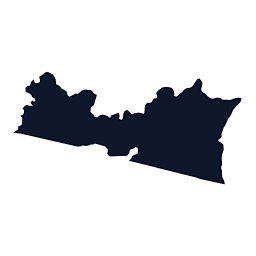 Aurelino Leal, Bahia, Brazil
{"feature_id": "56859067B29822168612892", "entity_name": "Aurelino Leal", "entity_type": "district", "adm_level": 2, "iso_a3": "BRA", "parent_name": "Brazil", "parent_adm1": "Bahia", "projection": "mercator", "projection_center": [-39.489, -14.363], "detail": "fine", "context": "isolated", "style": "filled", "palette": "ink", "viewbox_px": 256, "rotation_deg": 0, "n_neighbors": 0, "source": "geoboundaries", "source_scale": "gbopen_adm2", "svg_char_len": 3072}
<svg xmlns="http://www.w3.org/2000/svg" viewBox="0 0 256 256"><path d="M157.0,93.4L157.7,95.4L158.1,97.0L156.6,99.0L154.3,99.2L153.3,100.6L152.5,102.5L150.4,103.6L147.6,103.7L145.8,105.3L145.5,106.9L145.4,110.0L145.1,112.6L144.3,114.7L140.9,114.0L138.5,113.3L136.9,113.9L134.4,114.0L132.4,115.2L130.5,114.2L128.8,112.3L127.0,110.8L125.2,111.6L124.1,114.0L123.8,116.4L123.4,118.9L122.3,120.6L120.2,120.3L118.1,119.0L118.9,115.9L118.1,113.8L116.6,114.2L114.5,115.1L112.0,115.9L110.5,118.9L108.1,117.6L106.8,116.6L105.2,116.0L102.6,115.4L100.3,115.9L97.9,118.0L95.3,117.9L93.8,116.9L92.8,114.9L91.2,113.7L89.5,111.8L90.0,109.4L90.0,107.2L92.0,105.8L93.4,104.3L94.0,102.1L94.4,100.5L95.3,97.7L96.0,95.4L94.3,94.5L92.9,93.3L91.9,91.8L90.4,90.8L88.1,90.7L86.2,90.4L84.2,90.5L81.9,91.3L80.0,93.2L78.0,94.7L75.9,94.3L74.2,95.2L71.7,96.5L69.5,97.5L68.0,96.8L66.8,95.2L65.8,91.8L63.3,90.2L60.8,88.8L58.6,86.3L56.4,85.4L55.1,84.0L55.3,82.3L54.9,79.4L53.7,77.3L52.5,75.2L49.4,73.5L47.6,72.6L45.5,73.2L43.6,74.7L41.5,76.3L40.0,77.3L40.6,79.0L40.8,81.7L39.4,83.2L37.6,83.8L35.3,84.0L33.9,82.7L33.2,80.8L31.5,82.8L31.1,85.4L29.9,86.6L27.7,86.5L26.2,88.3L26.4,91.5L28.8,92.2L30.6,93.4L32.3,95.2L32.9,96.7L35.5,98.2L36.1,101.1L34.1,102.6L32.5,101.4L31.4,102.6L32.5,104.0L33.4,105.8L33.5,107.7L31.3,106.5L28.9,106.4L27.0,105.6L25.1,106.7L23.5,108.5L24.8,109.8L24.7,112.3L24.1,114.9L21.7,116.0L23.0,117.7L23.3,119.3L22.6,120.8L22.9,123.3L22.4,125.0L21.2,126.2L18.9,126.8L19.2,129.4L17.1,131.0L15.4,132.1L20.6,132.8L75.2,145.3L77.9,145.8L80.2,145.7L82.3,144.7L85.8,145.2L88.5,144.7L90.9,143.7L93.1,143.7L94.7,142.7L105.5,145.7L106.9,147.3L108.4,149.1L108.7,151.0L108.0,153.5L109.7,155.6L126.7,155.1L128.4,152.8L128.9,150.2L130.6,148.3L132.8,148.2L135.2,146.2L138.2,147.0L138.7,149.5L138.6,151.9L138.2,154.1L133.0,156.3L132.0,158.6L130.4,160.5L132.8,160.9L146.8,164.4L152.5,165.8L157.1,167.0L163.4,168.6L165.9,169.2L179.5,172.6L184.1,173.8L196.2,176.7L200.6,178.3L223.9,183.4L223.6,181.4L222.7,179.7L221.7,178.0L221.4,175.9L221.2,173.1L221.2,171.0L220.5,168.5L220.4,166.6L221.2,165.0L221.3,162.4L220.9,159.7L221.0,157.4L221.3,154.6L222.0,152.4L222.9,149.9L222.8,147.1L222.7,145.2L221.6,143.9L219.6,142.6L217.4,141.4L217.8,139.3L219.6,138.1L220.8,136.6L220.7,134.3L221.5,132.0L222.4,128.9L223.2,126.9L224.5,125.2L225.5,122.7L226.4,120.9L227.4,118.6L228.9,116.7L230.3,114.5L231.3,112.3L232.5,109.4L234.3,107.4L235.3,106.1L236.7,104.7L238.6,102.9L240.2,100.9L240.6,98.7L238.2,98.5L235.9,98.7L233.7,99.5L230.9,100.6L228.3,100.7L226.2,100.5L223.8,100.5L221.6,100.2L220.0,98.7L217.8,98.4L216.0,98.7L213.6,99.4L211.7,99.5L210.0,98.7L208.5,97.8L207.0,96.7L205.9,95.6L204.7,94.2L202.4,92.9L201.2,91.5L200.4,90.2L200.6,88.1L201.5,85.1L201.6,82.9L200.7,81.3L199.2,79.3L197.7,79.8L195.9,82.2L194.9,84.0L192.9,86.9L191.2,88.1L189.4,88.6L186.7,88.9L184.7,90.2L182.8,92.5L180.1,94.5L178.1,96.5L176.3,97.3L174.6,96.9L173.1,96.1L173.5,94.0L173.2,91.7L172.5,90.0L171.3,88.6L169.3,88.0L166.9,87.7L164.5,87.8L162.2,88.4L160.0,90.1L158.2,91.5L157.0,93.4Z" fill="#0f172a" stroke="#020617" stroke-width="1.5"/></svg>